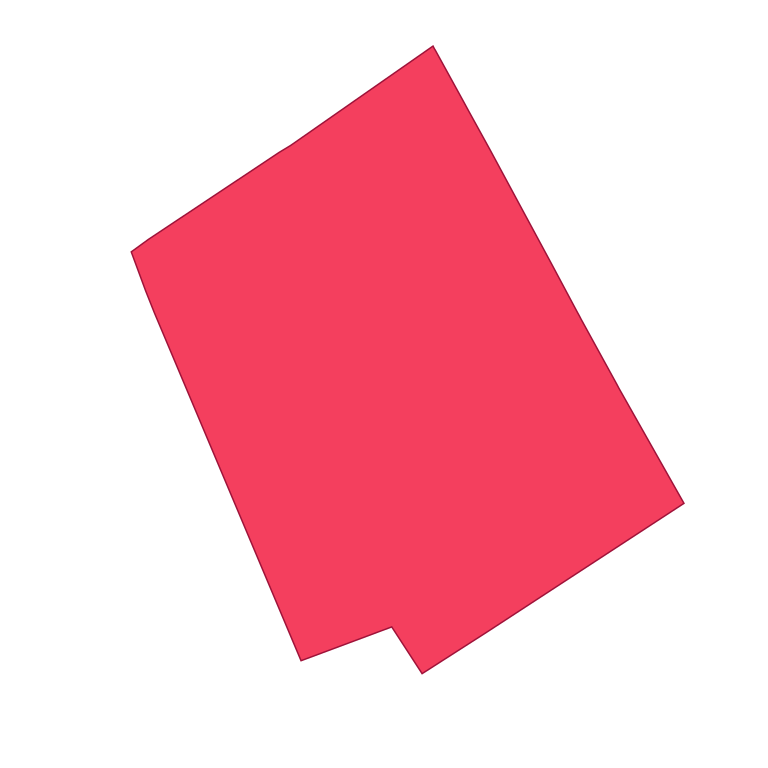 the district of Bradford, Pennsylvania, United States of America, rotated 61°
{"feature_id": "52423323B55160091644595", "entity_name": "Bradford", "entity_type": "district", "adm_level": 2, "iso_a3": "USA", "parent_name": "United States of America", "parent_adm1": "Pennsylvania", "projection": "orthographic", "projection_center": [-76.584, 41.772], "detail": "fine", "context": "isolated", "style": "filled", "palette": "rose", "viewbox_px": 768, "rotation_deg": 61, "n_neighbors": 0, "source": "geoboundaries", "source_scale": "gbopen_adm2", "svg_char_len": 482}
<svg xmlns="http://www.w3.org/2000/svg" viewBox="0 0 768 768"><g transform="rotate(61 384 384)"><path d="M585.8,590.7L600.2,495.0L655.8,491.1L650.8,413.3L633.8,179.5L501.5,180.6L497.4,180.5L422.5,180.2L419.6,180.1L415.2,180.1L358.8,179.2L358.5,179.2L305.1,178.6L230.6,177.7L186.4,177.6L173.6,177.5L116.4,177.3L115.7,177.4L112.2,177.3L130.1,350.1L130.6,363.5L143.3,519.9L145.9,541.0L186.9,547.3L210.3,550.3L585.8,590.7Z" fill="#f43f5e" stroke="#9f1239" stroke-width="1.5"/></g></svg>